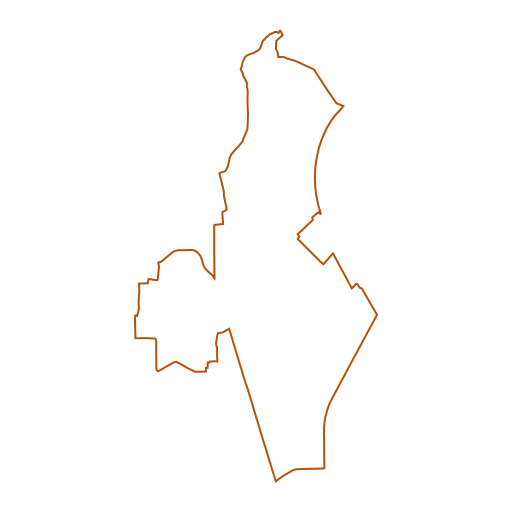 the district of Ikeja, Lagos, Nigeria
{"feature_id": "59680162B78935719106444", "entity_name": "Ikeja", "entity_type": "district", "adm_level": 2, "iso_a3": "NGA", "parent_name": "Nigeria", "parent_adm1": "Lagos", "projection": "equal_earth", "projection_center": [3.342, 6.607], "detail": "fine", "context": "isolated", "style": "outline", "palette": "amber", "viewbox_px": 512, "rotation_deg": 0, "n_neighbors": 0, "source": "geoboundaries", "source_scale": "gbopen_adm2", "svg_char_len": 3788}
<svg xmlns="http://www.w3.org/2000/svg" viewBox="0 0 512 512"><path d="M324.4,468.2L324.3,462.9L324.1,446.2L324.1,440.2L324.0,433.0L324.1,426.3L325.0,418.8L326.9,411.2L327.3,410.1L328.6,405.9L329.9,402.9L332.1,398.5L340.5,382.7L343.7,376.7L345.0,374.7L344.9,374.6L345.1,374.1L348.2,368.4L351.3,362.6L364.2,338.6L376.6,315.6L377.0,314.8L365.1,294.2L361.8,288.3L360.1,288.0L359.0,286.8L357.4,284.1L356.1,284.0L351.8,288.4L339.0,264.5L333.0,253.3L323.5,264.2L320.6,261.9L297.7,239.0L299.3,236.6L297.7,234.2L312.8,220.0L312.2,217.4L318.4,212.3L320.3,213.9L320.8,213.4L318.7,206.7L317.6,201.8L316.1,194.6L315.6,190.2L315.3,187.5L314.9,179.7L315.1,171.4L315.1,169.2L316.2,160.9L316.8,157.5L317.1,155.7L318.8,148.3L321.3,140.6L323.2,135.9L326.6,128.3L331.5,120.3L335.8,114.6L341.1,108.9L343.3,106.0L336.5,103.3L327.4,90.2L317.0,74.2L315.5,71.9L314.1,69.5L303.3,64.6L295.9,61.1L287.1,58.5L283.8,57.1L278.3,57.0L277.5,51.9L275.9,48.7L276.3,40.9L282.7,35.0L280.5,30.9L280.0,30.7L279.7,31.0L279.9,31.2L278.2,33.0L277.1,32.0L274.5,32.0L273.2,32.9L272.3,33.1L271.7,33.5L270.9,34.1L269.8,34.3L268.2,35.8L266.3,37.3L265.4,38.4L264.2,39.7L263.1,40.6L262.5,41.7L260.9,46.5L260.2,48.0L259.5,49.4L257.8,50.6L255.8,51.7L254.1,52.7L252.8,53.3L251.1,53.8L249.4,54.5L247.3,55.2L246.1,56.1L245.0,57.2L244.3,58.7L243.4,60.6L242.5,62.5L242.0,66.1L241.0,68.3L240.7,69.4L242.6,72.8L243.5,76.3L245.8,80.7L246.4,81.7L247.0,83.7L246.8,86.1L246.9,86.9L247.6,89.8L247.7,92.8L247.6,95.9L247.5,102.3L247.7,108.4L247.7,109.0L248.0,112.9L247.9,116.5L247.8,120.4L247.7,124.1L247.5,126.8L247.4,128.8L246.8,130.7L245.8,133.0L245.0,135.0L243.0,139.6L243.0,140.2L242.0,142.1L238.7,146.1L235.2,149.8L233.1,152.3L231.2,154.6L229.8,157.5L228.9,161.6L228.2,165.6L227.4,167.3L226.5,169.1L226.2,169.9L225.9,170.4L225.3,171.0L224.4,171.4L221.8,172.4L220.5,172.8L219.4,173.2L219.9,175.3L222.3,185.0L223.4,189.5L223.7,190.8L223.9,193.5L223.8,195.2L226.1,206.1L226.7,209.3L226.5,209.8L224.7,210.9L222.6,212.0L222.3,212.4L222.3,213.2L223.0,222.8L223.1,224.0L222.7,224.0L217.3,224.7L215.0,224.8L214.2,225.2L214.2,230.4L214.2,237.6L214.3,262.2L214.5,275.9L214.4,277.2L214.6,277.9L214.6,278.2L214.5,278.5L212.7,275.7L211.0,274.1L207.2,270.7L205.0,268.4L204.0,266.5L203.0,263.8L202.1,260.3L200.5,256.0L198.0,252.9L195.5,251.0L193.3,250.2L191.4,249.9L189.1,250.0L182.7,250.2L178.1,250.2L175.6,250.9L173.6,251.6L172.0,252.7L169.7,254.6L165.1,258.5L162.1,261.0L160.3,262.0L158.3,262.6L159.0,266.2L158.8,268.3L158.6,270.4L158.3,274.8L157.9,277.7L157.5,280.1L156.1,280.2L153.8,279.8L148.6,279.0L147.8,283.3L146.2,283.3L143.0,283.5L140.2,283.5L138.9,283.6L139.1,284.9L139.2,287.5L139.3,292.6L138.9,297.0L138.7,299.9L138.7,304.2L138.9,307.8L139.0,308.0L139.2,308.5L138.9,308.7L138.4,310.9L137.1,316.0L135.3,315.5L135.1,317.9L135.0,321.6L135.2,328.3L135.3,330.4L135.4,337.2L135.4,338.2L146.6,338.1L151.4,338.4L155.1,338.5L155.8,339.4L156.0,340.1L156.2,342.2L156.2,350.7L156.4,368.9L156.7,370.2L157.8,371.1L158.5,371.2L163.9,368.0L172.2,363.2L174.5,362.1L176.3,361.9L181.6,364.6L187.0,367.8L192.7,370.5L195.1,371.8L199.2,371.7L205.9,371.6L206.0,367.9L207.6,367.8L207.7,362.5L209.4,362.6L210.0,361.5L214.2,361.3L217.2,361.5L217.3,360.5L217.4,359.5L217.2,358.5L217.1,352.1L217.0,348.2L216.8,346.7L216.4,345.6L216.1,343.8L216.1,342.8L216.7,339.4L216.9,337.3L217.2,335.7L217.8,333.9L218.1,333.1L219.9,332.8L222.3,332.6L229.2,328.8L230.6,333.5L235.8,351.0L245.5,382.7L246.4,385.4L247.9,389.6L248.9,393.0L249.6,395.2L250.2,397.1L250.4,397.8L250.6,398.7L250.9,399.5L251.1,400.1L254.0,410.0L258.5,424.8L261.9,436.2L263.4,441.3L264.7,445.0L268.4,457.3L272.9,472.1L274.4,476.7L275.5,480.4L275.9,481.3L276.4,480.8L282.5,476.3L289.2,472.4L293.2,470.1L296.4,469.2L302.0,469.0L315.4,468.7L322.6,468.5L324.4,468.2Z" fill="none" stroke="#b45309" stroke-width="2"/></svg>